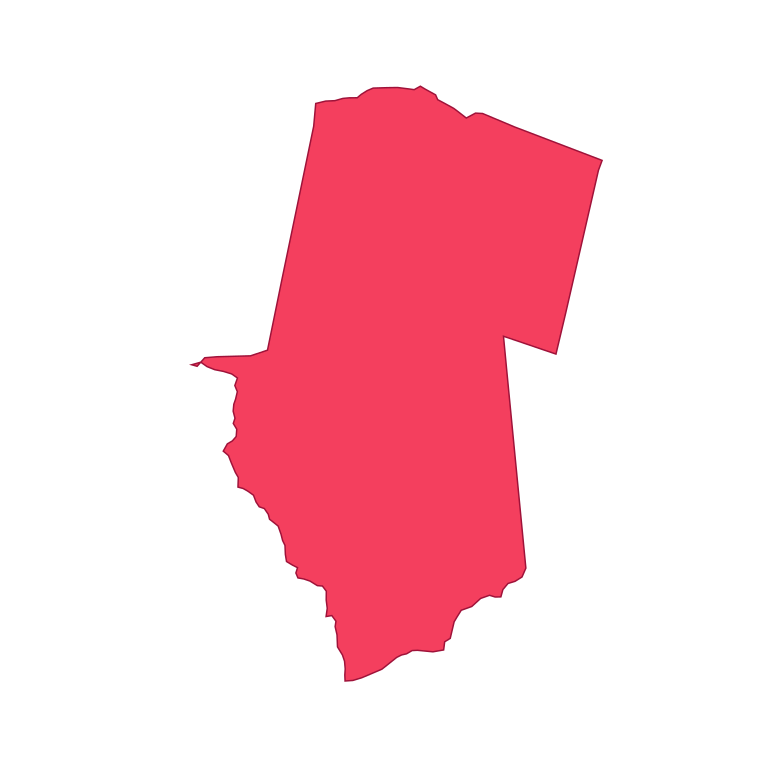 Catingueira, Paraíba, Brazil (orthographic projection), rotated 17°
{"feature_id": "56859067B50931657389991", "entity_name": "Catingueira", "entity_type": "district", "adm_level": 2, "iso_a3": "BRA", "parent_name": "Brazil", "parent_adm1": "Paraíba", "projection": "orthographic", "projection_center": [-37.613, -7.154], "detail": "fine", "context": "isolated", "style": "filled", "palette": "rose", "viewbox_px": 768, "rotation_deg": 17, "n_neighbors": 0, "source": "geoboundaries", "source_scale": "gbopen_adm2", "svg_char_len": 1696}
<svg xmlns="http://www.w3.org/2000/svg" viewBox="0 0 768 768"><g transform="rotate(17 384 384)"><path d="M202.4,416.7L209.7,419.1L217.9,419.8L226.7,418.9L235.3,418.9L242.1,421.1L241.8,429.1L246.0,434.2L246.5,441.9L246.3,447.3L247.7,454.1L251.5,460.3L251.4,465.8L256.4,470.3L258.0,477.4L255.6,482.8L251.7,487.0L249.9,495.2L256.2,497.9L261.0,504.0L267.7,512.0L272.0,516.0L274.5,525.3L279.8,525.1L284.8,526.2L291.7,528.5L296.2,534.3L300.6,537.9L306.0,538.1L311.4,542.4L314.1,546.8L319.3,548.8L324.3,550.8L329.4,557.7L332.8,563.3L336.5,567.3L339.5,575.8L342.7,582.3L349.7,584.0L355.0,584.9L355.0,590.5L358.4,594.6L364.3,593.9L370.8,594.1L379.2,596.3L384.2,595.2L389.4,599.0L391.9,607.5L395.3,615.1L396.6,623.3L401.8,620.7L407.4,624.9L408.2,630.3L412.4,637.6L416.4,649.0L423.5,655.3L427.3,660.6L430.2,667.8L431.6,673.7L433.6,679.4L440.9,676.6L448.5,671.5L457.7,663.8L465.4,657.3L476.1,641.7L480.0,638.0L484.5,635.4L488.8,630.7L493.8,628.9L509.1,625.8L518.8,620.9L517.4,612.8L521.7,607.9L520.6,590.9L522.0,585.2L524.0,577.8L533.0,571.1L539.1,560.8L546.7,555.2L552.6,555.2L558.0,553.4L557.8,545.8L560.9,538.5L567.0,534.4L572.4,528.2L573.5,518.6L497.8,336.1L484.3,303.4L539.7,305.1L537.0,262.9L526.6,116.9L527.2,106.4L433.6,100.0L399.2,96.5L392.3,98.2L384.9,105.6L375.0,101.8L370.0,100.0L359.9,97.9L352.2,96.4L348.8,92.4L337.3,90.0L331.7,88.6L326.8,93.7L321.8,94.5L310.3,96.5L300.1,99.8L287.1,104.2L282.1,108.4L277.6,113.6L274.7,118.1L267.1,120.5L261.2,122.9L254.2,127.4L245.5,130.5L236.7,135.7L241.4,158.0L249.4,244.1L255.8,313.6L262.7,385.7L248.1,396.1L216.5,406.7L204.9,411.3L202.4,416.7ZM202.4,416.7L194.5,421.8L200.1,421.7L202.4,416.7Z" fill="#f43f5e" stroke="#9f1239" stroke-width="1.5"/></g></svg>